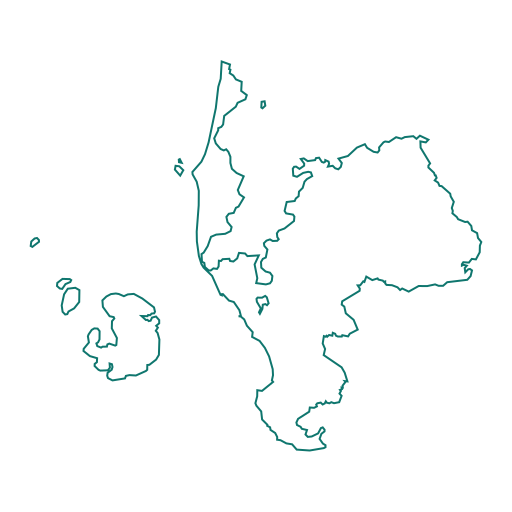 outline of Takalar, Sulawesi Selatan, Indonesia
{"feature_id": "22746128B33549586615312", "entity_name": "Takalar", "entity_type": "district", "adm_level": 2, "iso_a3": "IDN", "parent_name": "Indonesia", "parent_adm1": "Sulawesi Selatan", "projection": "orthographic", "projection_center": [119.453, -5.411], "detail": "fine", "context": "isolated", "style": "outline", "palette": "teal", "viewbox_px": 512, "rotation_deg": 0, "n_neighbors": 0, "source": "geoboundaries", "source_scale": "gbopen_adm2", "svg_char_len": 6072}
<svg xmlns="http://www.w3.org/2000/svg" viewBox="0 0 512 512"><path d="M241.7,81.8L235.9,79.4L233.3,75.5L229.7,73.2L230.4,69.7L229.1,69.1L230.0,64.5L221.7,61.5L220.7,78.8L218.3,86.8L215.8,108.2L208.6,142.4L205.0,154.2L201.4,161.7L192.4,172.0L192.6,174.4L196.7,181.7L198.8,190.8L198.7,205.3L196.7,231.7L196.9,241.5L198.9,256.0L201.4,264.0L203.6,267.6L212.1,275.9L220.5,294.8L221.6,295.2L221.3,294.2L222.9,294.1L229.0,300.6L233.8,302.0L239.4,310.2L240.8,315.6L238.6,316.5L240.4,316.2L244.2,319.4L246.9,325.7L252.7,332.2L252.1,336.9L259.6,340.9L264.9,347.9L269.1,356.4L272.7,369.2L273.0,375.2L271.9,380.4L273.1,381.9L262.0,390.9L257.3,390.2L257.2,396.3L255.4,403.2L256.4,405.7L261.2,411.4L262.1,419.5L267.4,424.8L267.2,425.8L270.1,427.3L270.5,429.9L275.2,433.0L277.2,437.0L277.1,439.7L280.5,440.2L286.4,443.4L292.1,444.3L296.7,449.6L309.7,450.5L323.8,448.1L325.5,447.2L325.5,445.2L322.9,443.6L319.6,438.9L321.4,433.8L324.5,431.4L324.6,429.8L322.7,427.4L320.9,428.1L318.1,433.4L311.7,436.5L307.8,436.9L305.5,434.5L307.0,430.0L301.8,428.8L300.6,426.8L297.0,425.0L296.4,422.5L298.1,418.8L309.2,411.7L309.8,407.5L314.1,407.8L316.9,406.4L316.2,404.6L317.3,403.3L320.7,402.6L322.7,404.5L324.8,403.4L325.8,401.3L326.8,402.7L329.4,403.3L331.3,402.2L334.0,403.2L339.2,402.2L341.6,395.8L339.5,393.6L340.9,391.0L340.0,389.9L342.0,389.1L341.6,387.5L342.8,387.6L342.6,385.6L345.5,381.9L344.8,381.1L347.4,381.4L344.7,372.7L341.6,367.3L323.7,355.1L325.1,349.0L322.7,343.5L323.9,336.1L325.6,336.7L326.5,335.8L327.2,336.7L329.1,335.0L332.3,335.7L332.8,332.8L335.2,333.8L336.0,335.7L337.8,336.5L341.8,336.5L342.3,335.2L348.1,336.4L349.8,333.7L357.7,329.6L353.6,319.8L345.8,313.3L344.3,306.6L341.7,304.6L342.2,301.3L359.6,290.8L359.8,288.6L357.7,285.4L360.2,285.3L363.3,281.3L364.4,281.9L366.3,276.6L372.3,280.1L377.6,278.4L378.4,279.6L382.8,280.6L383.8,281.8L385.2,281.4L385.2,283.4L386.5,284.9L392.0,285.2L397.5,287.3L400.1,290.0L402.2,288.5L408.7,291.6L418.7,286.0L427.1,286.1L435.1,284.4L438.6,285.8L443.1,285.8L447.2,282.2L467.3,279.8L470.6,276.1L472.0,270.4L470.0,269.0L468.2,269.3L465.3,272.3L464.7,268.1L466.8,265.7L463.7,264.8L461.9,265.6L461.9,264.2L463.3,262.2L468.9,262.6L471.8,258.9L475.9,259.4L479.7,252.3L479.9,245.6L481.3,242.0L478.0,238.0L477.1,233.1L472.0,230.3L471.3,226.0L467.6,221.7L465.1,222.0L458.1,219.2L456.8,217.0L452.4,213.3L452.8,210.9L451.8,208.0L453.8,201.8L450.7,196.4L450.2,193.7L441.6,186.1L439.5,185.9L438.1,182.6L434.7,180.4L436.6,177.9L435.7,175.4L434.9,175.4L434.0,172.8L428.4,167.5L428.4,165.7L430.1,163.4L420.6,147.7L420.4,141.4L425.8,142.4L428.4,139.7L419.9,135.7L416.5,138.8L413.3,136.2L404.8,137.1L401.5,138.7L396.1,137.2L388.9,142.0L385.2,141.5L383.5,142.3L379.1,147.4L379.3,150.4L377.6,152.5L373.6,151.8L367.1,147.8L364.9,144.2L356.9,147.6L347.9,156.0L338.5,158.6L341.8,163.0L340.8,166.9L338.3,169.3L335.2,168.3L332.7,165.8L327.9,166.6L329.1,163.8L328.6,161.6L325.3,160.1L325.2,161.7L323.7,162.6L321.8,161.9L319.1,157.7L316.0,158.1L315.1,160.1L307.7,161.1L303.8,158.4L300.8,159.0L304.2,163.6L304.1,165.7L299.5,168.9L296.1,166.6L294.1,166.8L292.8,168.7L293.3,175.7L297.0,176.8L303.2,172.9L308.2,171.8L310.9,172.4L312.2,176.1L306.9,179.1L304.5,181.7L302.7,187.9L299.0,191.6L298.6,196.2L295.8,198.5L294.7,201.0L286.7,202.0L284.6,210.9L286.1,213.4L293.0,214.6L294.4,216.6L294.0,221.0L284.5,228.5L278.8,230.6L276.9,233.3L277.3,237.1L278.7,239.2L277.2,240.8L272.7,241.0L270.0,239.4L266.5,240.6L263.9,243.2L264.3,245.9L267.4,249.5L265.8,257.5L262.8,258.9L261.0,262.0L261.3,267.7L265.6,271.5L270.0,272.7L272.4,276.0L271.8,280.8L270.0,283.3L265.9,284.4L256.2,283.1L257.3,278.2L254.6,264.4L258.8,255.4L247.4,256.1L245.1,253.5L239.0,252.9L237.2,258.4L233.4,261.5L230.1,261.0L229.3,258.8L222.6,259.2L221.0,261.0L218.9,260.7L218.6,266.5L217.0,268.9L213.4,268.4L210.7,270.5L208.7,270.4L204.9,267.0L204.3,262.9L202.0,261.8L201.5,254.1L203.7,252.6L207.7,246.1L211.0,236.8L216.2,234.6L225.2,233.8L230.6,231.1L231.6,227.0L227.5,222.1L226.4,216.9L228.8,213.8L233.7,212.9L235.9,207.8L238.5,206.6L244.0,197.4L239.5,194.3L237.8,190.0L243.7,176.3L236.6,173.0L231.9,168.8L230.4,163.0L230.4,156.8L228.4,151.9L226.2,149.3L223.8,150.4L220.6,149.0L215.8,143.4L214.2,138.3L218.2,130.3L218.2,128.2L221.3,126.9L223.1,124.5L224.2,115.9L235.8,106.7L237.6,102.8L245.4,99.3L246.8,95.1L241.2,90.9L241.7,81.8ZM266.8,297.3L268.6,303.3L267.0,305.2L265.4,304.1L262.8,304.7L262.4,308.9L259.9,313.8L259.0,312.3L260.8,308.4L256.9,301.8L256.5,298.9L257.6,297.6L262.0,297.7L265.2,295.9L266.8,297.3ZM123.9,296.2L118.8,294.0L115.8,293.5L110.9,294.1L106.4,296.5L102.4,300.4L102.9,306.9L109.6,316.2L113.7,317.1L114.3,318.5L112.0,321.2L111.8,328.4L116.9,338.0L116.3,345.0L115.2,345.6L109.3,343.6L107.4,344.4L106.9,346.6L102.5,346.7L101.1,347.6L97.3,346.1L96.4,343.4L98.1,342.3L99.5,339.4L99.6,331.2L97.6,328.6L94.3,328.4L91.7,329.9L88.6,334.4L87.9,336.3L88.9,342.5L83.7,348.8L83.5,351.0L89.9,356.1L97.1,358.2L96.9,362.2L94.7,363.9L94.6,366.0L98.5,369.8L100.3,370.6L107.9,370.3L109.9,367.7L109.6,363.5L111.9,364.2L112.5,367.0L111.7,369.7L107.6,372.8L107.2,375.7L108.0,378.1L112.5,380.4L125.0,378.4L125.9,375.9L129.4,375.1L135.9,375.5L145.9,371.0L147.2,369.8L147.3,365.0L149.4,364.8L156.1,359.6L158.9,354.9L159.4,339.5L157.6,333.0L155.8,330.8L157.9,327.6L156.2,325.8L159.2,323.3L159.2,320.1L156.0,316.5L152.0,317.6L150.6,320.7L148.7,321.1L147.5,319.8L145.9,320.0L141.5,316.0L147.5,316.2L148.1,315.0L150.1,315.2L151.6,313.6L154.2,313.3L155.0,311.7L154.0,307.4L142.3,298.5L133.8,293.9L127.8,294.4L123.9,296.2ZM75.3,287.8L67.8,288.7L64.1,294.3L61.7,305.4L62.6,311.8L65.2,314.5L67.3,314.1L68.5,311.5L74.1,308.4L79.2,302.0L79.4,290.1L75.3,287.8ZM69.8,279.1L62.5,278.9L57.3,282.9L57.0,286.0L59.8,288.5L62.2,288.9L65.5,284.1L70.3,282.0L71.2,280.1L69.8,279.1ZM180.2,175.6L183.3,170.2L179.3,166.3L175.6,165.8L174.9,169.6L180.2,175.6ZM32.3,246.9L39.0,241.8L38.9,240.0L37.0,238.0L34.6,238.5L31.3,241.5L30.7,246.0L32.3,246.9ZM262.5,108.3L265.3,105.7L264.6,101.3L261.6,101.8L261.3,107.5L262.5,108.3ZM181.7,162.8L179.8,159.1L178.8,159.6L179.0,162.2L181.7,162.8Z" fill="none" stroke="#0f766e" stroke-width="2"/></svg>